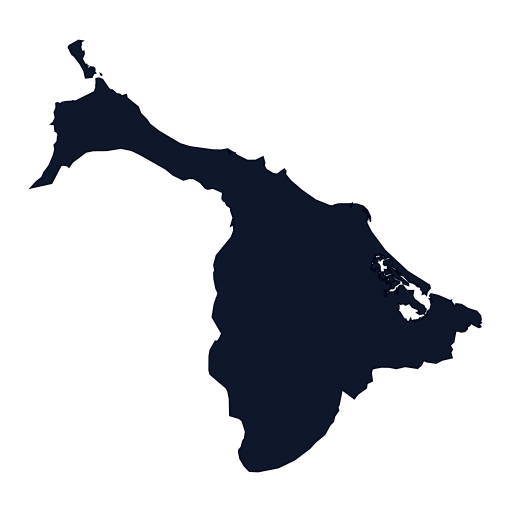 Aklan, Aklan, Philippines (Mercator projection)
{"feature_id": "2640588B21218366338371", "entity_name": "Aklan", "entity_type": "district", "adm_level": 2, "iso_a3": "PHL", "parent_name": "Philippines", "parent_adm1": "Aklan", "projection": "mercator", "projection_center": [122.331, 11.655], "detail": "fine", "context": "isolated", "style": "filled", "palette": "ink", "viewbox_px": 512, "rotation_deg": 0, "n_neighbors": 0, "source": "geoboundaries", "source_scale": "gbopen_adm2", "svg_char_len": 6008}
<svg xmlns="http://www.w3.org/2000/svg" viewBox="0 0 512 512"><path d="M481.1,319.9L480.6,315.9L476.8,311.4L467.8,308.5L461.6,304.6L456.0,303.8L455.6,306.2L454.8,306.0L451.4,301.9L451.5,300.2L450.2,300.8L438.3,295.6L431.0,293.9L429.3,296.5L430.6,295.4L431.1,298.1L429.4,298.8L430.6,299.8L430.5,301.7L430.9,300.3L432.4,301.6L430.7,302.4L431.4,304.5L429.8,310.4L429.0,310.0L427.2,311.7L426.9,314.0L425.5,314.6L426.6,315.0L425.4,315.2L426.1,315.6L426.2,315.8L422.1,317.4L422.8,318.8L422.1,319.3L420.0,317.9L418.7,319.6L415.8,320.0L414.5,321.5L414.2,320.1L411.3,321.0L410.7,318.6L409.3,321.2L407.5,322.0L406.2,320.0L404.4,321.1L405.7,319.2L404.0,318.9L399.8,311.9L397.9,310.7L398.9,308.8L398.9,305.8L397.9,304.6L398.6,303.1L400.3,304.3L403.2,303.6L405.6,305.0L409.3,303.2L412.4,307.3L418.2,309.6L418.9,311.8L416.8,312.6L419.5,314.4L424.2,313.4L426.1,309.5L425.7,308.5L424.6,308.2L423.8,305.7L419.8,303.7L418.6,304.4L419.5,303.4L418.9,302.5L414.5,299.4L412.6,295.8L413.6,290.6L406.8,290.6L402.7,285.3L400.0,285.4L397.8,287.9L397.9,294.5L396.5,293.4L396.8,291.2L395.7,290.3L393.5,292.1L390.5,292.1L389.9,293.2L389.2,292.0L386.4,295.4L386.5,294.6L385.7,295.0L385.7,296.1L384.6,295.9L384.8,293.7L386.1,293.4L384.2,290.0L385.3,290.0L386.7,292.3L390.2,288.9L389.8,287.3L391.0,283.6L385.8,283.3L385.8,281.3L387.5,279.2L381.9,280.4L381.0,277.7L378.9,279.8L380.0,277.4L379.8,276.2L378.6,277.2L379.1,274.5L378.2,272.3L380.4,271.0L380.0,268.5L376.4,268.9L374.4,272.0L370.6,268.6L371.7,266.3L371.4,262.3L377.8,261.7L378.0,258.3L377.2,257.8L373.6,259.7L373.6,257.5L375.1,258.1L375.7,255.0L377.7,255.6L378.5,254.2L380.1,255.5L380.5,254.1L382.0,256.4L382.6,255.4L383.7,255.8L384.6,259.1L385.9,258.9L386.9,256.9L387.7,257.8L389.5,257.2L391.5,259.7L393.2,266.8L396.2,269.1L397.6,268.4L396.7,269.9L399.4,273.9L400.3,273.4L400.2,274.9L403.7,276.0L409.6,282.2L412.3,282.8L413.2,282.1L413.1,283.1L416.0,284.8L417.7,284.6L416.5,285.8L418.2,286.9L419.2,286.4L421.2,288.3L420.7,289.5L422.7,291.7L422.4,294.0L423.7,293.0L423.6,293.9L425.2,293.5L426.4,295.1L427.2,291.7L430.2,288.2L429.4,285.1L407.5,271.4L384.9,250.3L371.3,232.0L366.9,223.4L366.5,220.0L367.8,219.8L368.2,216.5L366.5,212.6L363.2,210.8L363.2,209.9L368.7,213.3L370.5,221.8L370.4,216.9L367.4,210.3L363.3,206.3L356.8,204.1L352.9,204.2L352.4,203.4L351.4,207.3L349.9,206.8L350.8,203.9L338.4,204.0L334.0,205.2L334.1,206.1L329.8,205.8L315.6,200.1L301.9,190.5L290.6,180.8L285.4,174.4L285.8,170.9L284.3,169.1L277.1,174.3L273.1,173.7L266.1,169.5L264.1,165.8L264.7,162.7L263.0,156.8L255.7,160.4L248.4,160.5L249.3,161.4L237.1,155.4L234.8,153.4L235.7,152.4L234.9,153.1L231.5,151.4L231.0,152.1L231.0,151.1L229.2,149.9L230.4,152.8L229.6,153.9L227.2,149.1L221.0,150.2L212.4,150.0L189.6,146.8L180.0,143.8L158.9,131.3L149.7,124.2L146.8,119.7L140.6,113.5L138.1,106.9L126.9,97.8L126.3,94.6L121.2,96.1L120.1,94.4L116.6,93.8L112.1,89.9L110.6,90.1L108.5,88.3L102.6,79.6L98.9,78.1L96.1,78.7L96.3,84.8L95.3,85.3L96.0,85.3L96.0,87.4L94.4,91.8L75.6,101.2L72.7,100.9L72.6,102.2L72.4,101.3L65.8,101.7L62.1,102.4L60.2,103.9L57.4,102.7L55.9,103.4L56.2,107.7L54.3,112.3L55.4,117.7L53.1,122.5L51.0,124.1L54.4,124.5L55.1,131.2L57.4,132.4L58.6,136.0L57.7,136.2L57.2,141.6L54.2,145.1L55.0,149.1L53.6,155.0L49.1,165.6L43.8,172.7L42.0,177.3L36.6,181.5L30.7,187.9L51.7,183.2L60.9,165.5L63.2,164.9L67.7,165.8L68.9,167.2L72.5,162.1L85.9,152.0L93.2,150.5L106.8,150.4L120.8,148.1L131.3,150.2L140.5,154.6L166.0,169.1L173.0,174.9L183.4,180.0L189.2,178.3L193.6,178.5L200.2,182.3L205.4,188.2L207.8,189.1L212.9,188.1L222.8,192.5L222.1,198.8L223.6,201.1L225.4,201.8L226.8,205.2L230.7,207.8L230.8,210.8L233.2,217.8L230.8,226.0L233.5,224.6L233.9,230.4L231.5,237.1L216.4,255.6L213.9,265.0L214.9,270.8L213.9,272.6L214.1,279.0L216.0,288.4L218.3,293.3L214.5,303.6L212.3,317.2L221.8,333.4L219.7,338.3L217.4,341.5L215.3,341.2L210.2,350.2L209.2,356.2L209.1,370.3L210.2,374.3L225.9,387.6L227.9,390.9L229.5,398.9L229.8,415.5L239.1,418.3L242.2,420.8L245.6,431.8L244.5,438.7L242.9,441.0L241.2,447.3L238.9,449.9L238.8,452.4L240.0,458.6L244.5,466.1L249.4,471.2L258.3,471.6L278.3,467.6L294.4,459.9L309.7,448.4L315.4,442.1L324.8,434.4L329.7,425.4L333.3,421.5L334.7,416.0L338.6,410.6L337.8,407.4L339.1,404.5L342.0,389.6L354.3,398.7L357.8,394.1L366.3,388.0L367.0,383.4L372.3,381.0L371.2,373.3L371.9,369.6L373.6,368.4L381.4,367.0L389.3,367.1L396.3,368.5L405.1,366.4L417.6,368.3L421.4,365.0L423.6,360.3L427.0,361.8L436.3,363.1L442.2,360.0L452.1,357.7L450.6,352.4L452.4,349.5L450.0,345.4L453.7,342.0L455.7,331.1L458.5,330.9L461.2,332.0L464.8,331.4L467.2,329.0L467.4,326.9L469.9,325.3L470.3,323.0L478.9,327.5L480.8,326.8L480.6,325.9L479.5,326.2L479.4,324.2L481.3,322.7L480.1,321.3L481.1,319.9ZM71.8,54.4L74.1,56.0L80.2,63.9L84.0,70.9L85.6,77.9L92.0,77.2L93.5,73.7L95.6,73.0L94.1,71.0L95.0,70.0L94.6,68.4L92.4,69.0L93.6,67.5L90.7,66.8L88.8,68.5L86.9,68.1L86.4,66.8L87.1,66.9L87.9,66.0L86.3,66.0L86.8,64.5L85.1,64.4L82.1,58.8L84.2,53.9L83.8,51.2L82.7,51.9L81.3,50.4L80.4,45.7L81.2,45.1L81.0,42.0L82.7,41.0L78.5,40.4L69.2,45.6L68.4,47.4L71.8,54.4ZM389.7,259.3L383.8,261.3L383.5,264.3L384.7,265.5L387.4,264.9L387.6,268.4L390.9,269.0L391.3,272.8L396.5,278.7L400.5,279.9L402.7,281.6L403.1,283.6L408.5,285.5L408.3,283.3L399.2,276.1L395.7,270.9L392.0,268.3L389.7,259.3ZM395.8,280.5L393.3,281.8L391.1,281.9L391.9,283.7L390.6,287.6L391.4,288.6L393.6,288.5L394.9,286.1L399.5,283.0L399.6,281.4L395.8,280.5ZM391.4,274.9L386.0,277.2L386.0,278.2L388.1,277.4L389.8,278.2L389.6,279.9L386.9,281.9L387.3,283.1L391.0,281.6L392.5,281.7L395.0,279.9L391.4,274.9ZM375.2,262.4L372.6,264.6L371.1,268.0L374.7,270.1L376.0,267.7L380.1,267.0L379.1,264.4L375.2,262.4ZM383.6,272.0L381.0,272.1L379.6,274.2L382.5,279.1L385.7,278.3L385.9,277.1L383.2,275.1L383.6,272.0ZM390.1,270.1L384.5,269.5L385.4,274.9L390.3,273.3L390.1,270.1ZM381.4,256.4L378.8,257.6L380.1,260.6L381.9,258.8L383.4,258.7L381.4,256.4ZM100.5,73.8L100.7,74.5L101.9,75.6L101.4,74.3L100.5,73.8ZM396.5,289.1L396.1,290.2L396.7,290.8L396.8,290.2L396.5,289.1Z" fill="#0f172a" stroke="#020617" stroke-width="1.5"/></svg>